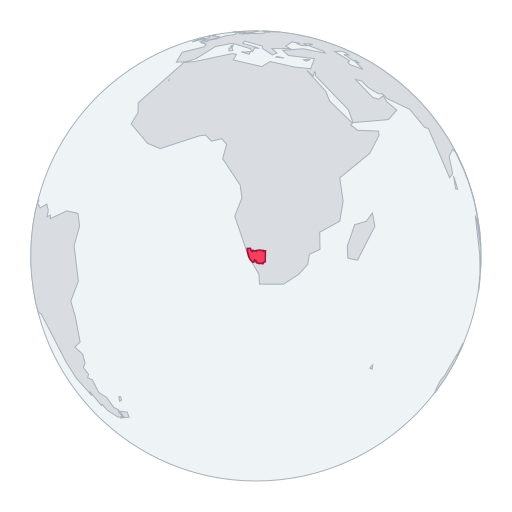 Karas on an orthographic globe
{"feature_id": "NAM-3338", "entity_name": "Karas", "entity_type": "Region", "adm_level": 1, "iso_a3": "NAM", "parent_name": "Namibia", "parent_adm1": "", "projection": "orthographic", "projection_center": [17.311, -26.98], "detail": "fine", "context": "on_globe", "style": "filled", "palette": "rose", "viewbox_px": 512, "rotation_deg": 0, "n_neighbors": 0, "source": "natural_earth", "source_scale": "10m", "svg_char_len": 6965}
<svg xmlns="http://www.w3.org/2000/svg" viewBox="0 0 512 512"><circle cx="256" cy="256" r="225" fill="#eef3f6" stroke="#a8b0b8"/><path d="M35.6,209.6L38.6,199.8L37.7,203.3L40.1,207.9L46.8,204.1L48.3,210.5L47.1,216.9L50.3,215.1L50.4,218.6L66.7,210.9L78.0,213.3L79.6,225.9L74.1,245.7L78.3,281.1L70.8,301.2L75.2,316.1L80.1,342.1L74.8,347.1L82.7,354.2L85.1,363.0L83.4,367.6L88.6,374.5L87.6,377.7L92.2,379.7L98.9,392.6L106.7,397.5L113.7,407.4L118.8,410.0L118.4,411.3L120.2,414.1L123.1,416.3L118.2,417.2L107.4,410.2L102.2,404.4L101.6,405.6L89.6,391.4L91.9,395.6L76.5,378.5L65.9,361.7L44.2,319.6L41.0,313.8L38.4,312.5L35.9,304.0L33.1,288.4L31.3,272.6L30.7,256.8L31.2,240.9L32.8,225.2L35.6,209.6ZM129.2,417.1L120.0,418.1L123.9,416.9L119.6,411.2L127.0,412.0L129.2,417.1ZM119.6,401.3L118.8,396.6L120.6,396.8L121.6,400.2L119.6,401.3ZM257.7,30.7L257.0,30.7L255.6,30.8L258.9,31.0L252.9,32.4L246.2,32.9L242.1,31.5L232.3,32.5L233.4,31.9L235.1,31.7L257.7,30.7ZM473.8,198.5L473.4,197.0L476.1,209.6L479.6,229.0L480.9,246.0L479.8,235.8L478.1,220.6L476.5,213.0L474.4,201.3L468.1,180.3L466.9,178.2L464.5,171.4L455.8,152.5L452.5,149.4L449.1,156.4L452.7,173.6L449.7,177.9L436.0,146.1L428.5,128.7L424.5,127.2L409.7,109.3L386.7,98.4L382.7,93.9L378.5,93.8L368.0,87.4L361.5,80.9L355.5,79.5L372.5,97.3L378.9,99.2L383.1,95.7L386.8,101.7L396.8,110.1L388.4,119.6L353.0,122.6L348.3,109.6L315.2,75.5L315.5,72.7L315.3,72.4L314.8,71.7L313.0,76.1L306.9,70.5L325.9,91.5L329.6,101.0L352.5,123.2L350.6,124.8L357.6,130.3L378.6,131.1L379.0,135.4L369.8,153.3L339.7,177.9L343.1,201.2L339.8,221.1L319.7,232.2L320.0,249.4L309.4,254.3L307.8,264.3L298.5,274.5L283.5,284.2L259.5,284.1L259.0,274.4L248.6,256.5L234.7,216.2L241.9,198.1L240.2,185.1L222.7,158.8L226.6,144.1L221.6,138.7L211.5,141.2L205.7,135.1L199.5,135.8L160.1,148.6L147.5,143.3L131.2,123.9L138.0,112.6L138.2,102.8L183.9,62.5L194.6,61.6L231.7,53.7L236.5,54.2L233.3,60.0L262.0,66.6L270.0,61.5L294.9,67.1L310.7,68.7L314.4,58.6L288.4,55.5L282.8,50.4L302.7,48.7L325.2,53.1L323.8,51.4L308.6,45.5L312.8,44.2L303.2,43.6L307.8,45.6L301.9,45.6L297.4,43.9L299.0,43.2L292.0,41.9L285.8,46.1L289.9,48.6L271.9,48.6L276.9,53.0L272.4,54.9L262.3,48.3L262.5,46.2L244.6,41.1L242.7,43.2L259.5,48.4L254.7,48.0L252.3,51.9L250.3,48.6L232.4,43.3L215.6,46.5L195.8,58.8L185.7,61.8L176.4,62.2L182.0,52.3L204.1,46.9L206.3,44.2L200.5,42.6L207.7,41.4L208.0,40.4L216.3,38.9L226.5,35.6L234.6,34.6L237.4,32.6L241.9,32.1L239.0,33.2L241.3,33.9L261.4,33.3L264.9,33.0L265.0,32.0L270.5,32.3L268.1,31.5L279.0,32.1L263.7,31.0L263.5,30.8L279.5,31.9L295.3,34.2L311.0,37.5L326.4,42.0L341.4,47.5L356.0,54.1L370.1,61.7L383.6,70.3L396.4,79.9L408.6,90.3L420.0,101.5L430.5,113.6L440.2,126.3L449.0,139.7L456.7,153.7L463.5,168.2L469.2,183.2L473.8,198.5ZM169.5,78.7L168.6,81.4L169.5,78.7ZM350.3,64.8L363.0,69.3L355.2,61.8L359.4,63.1L355.2,60.3L354.5,61.3L343.9,54.5L348.6,55.0L346.0,52.8L341.6,51.2L334.7,51.6L349.8,60.9L347.8,62.3L350.3,64.8ZM38.8,199.3L38.9,200.3L38.1,202.1L38.8,199.3ZM201.8,38.3L205.0,37.9L202.5,39.1L192.2,42.0L195.7,40.1L201.8,38.3ZM210.1,37.2L208.9,36.0L215.3,34.7L211.9,35.5L216.3,34.8L212.0,36.0L219.3,36.6L217.5,37.9L199.4,41.6L206.3,39.4L202.7,39.7L210.1,37.2ZM241.4,51.9L245.0,52.0L250.5,51.5L249.0,54.3L241.4,51.9ZM228.9,48.2L232.1,47.6L232.8,50.6L229.0,50.9L228.9,48.2ZM233.3,45.0L232.2,47.4L230.6,46.2L233.3,45.0ZM241.9,32.9L245.2,32.6L245.7,32.8L244.2,33.3L241.9,32.9ZM310.3,59.6L306.1,61.1L303.5,59.8L305.5,59.5L310.3,59.6ZM276.4,56.4L284.4,58.1L275.9,57.1L276.4,56.4ZM372.7,364.7L372.3,369.3L369.8,368.1L372.7,364.7ZM374.9,226.2L357.5,260.2L347.8,258.1L347.3,246.2L354.7,224.7L366.3,221.3L372.4,213.0L374.9,226.2ZM478.5,291.4L479.2,284.8L479.5,276.5L480.0,274.4L479.5,284.4L478.5,291.4ZM480.0,273.8L479.8,255.3L475.3,215.6L477.0,220.3L480.9,249.4L480.7,251.6L480.9,264.6L480.0,273.8ZM453.5,175.8L457.7,189.3L455.7,189.0L453.5,175.8ZM434.4,393.5L437.2,386.9L440.6,380.2L444.5,375.8L457.2,354.0L456.5,356.0L462.9,343.3L462.8,345.3L454.7,362.2L445.2,378.3L434.4,393.5Z" fill="#d9dde1" stroke="#a8b0b8" stroke-width="1"/><path d="M255.8,260.9L255.7,260.9L255.6,260.6L255.5,260.4L255.4,260.3L255.3,260.2L255.2,260.1L254.9,260.2L254.8,260.3L254.7,260.3L254.6,260.2L254.6,260.3L254.5,260.7L254.4,260.7L254.4,260.8L254.3,261.0L254.2,261.1L254.1,261.3L254.2,261.5L254.1,261.8L254.0,262.0L253.9,262.0L253.9,261.9L253.5,262.1L253.4,262.1L253.2,262.2L253.2,262.3L252.9,262.4L252.7,262.2L252.1,261.6L251.8,261.3L251.6,261.0L251.1,260.7L250.9,260.4L250.6,260.2L250.4,259.9L250.3,259.7L250.2,259.4L249.9,259.1L249.8,258.9L249.8,258.7L249.4,258.1L249.3,257.9L249.2,257.8L249.1,257.6L249.0,257.4L248.9,257.1L248.8,256.9L248.8,256.5L248.8,256.3L248.7,256.3L248.7,256.2L248.7,255.9L248.5,255.7L248.4,255.7L248.3,255.3L248.3,255.2L248.2,255.0L248.2,254.9L248.2,254.7L248.3,254.7L248.4,254.9L248.5,254.6L248.4,254.5L248.4,254.3L248.3,254.0L248.2,253.9L248.0,253.7L247.8,253.6L247.7,253.5L247.7,253.2L247.7,252.9L247.7,252.7L247.8,252.6L247.7,252.3L247.7,252.2L247.5,251.9L247.5,251.6L247.3,251.4L247.3,251.2L247.3,250.9L247.4,250.6L247.4,250.4L247.3,250.2L247.2,250.0L247.1,249.7L247.1,249.4L247.2,249.0L247.2,248.7L247.2,248.4L250.5,248.3L250.6,248.6L250.9,250.5L251.0,250.6L251.3,250.6L252.0,251.6L252.3,251.6L252.5,251.6L252.4,250.6L252.6,250.4L252.7,250.5L252.8,250.5L252.8,250.8L253.0,250.7L253.2,250.3L253.3,250.3L253.4,250.5L253.5,250.5L254.1,250.7L254.3,250.8L254.5,250.8L254.8,250.9L254.8,251.0L255.1,251.0L255.3,251.0L255.4,250.9L255.5,250.9L256.1,251.2L256.1,250.5L256.3,250.4L256.5,250.4L257.2,250.5L257.6,250.4L259.3,250.0L260.1,250.0L260.4,250.1L260.7,250.3L262.3,250.5L262.6,250.3L262.7,250.2L262.8,250.2L263.1,250.7L263.2,250.8L263.2,250.7L263.4,250.6L263.5,250.6L263.8,250.7L264.0,250.8L264.5,250.9L264.7,251.0L264.7,250.9L265.1,250.7L265.3,250.7L265.3,250.8L265.5,250.8L265.5,251.1L265.5,251.4L265.4,251.6L265.4,251.8L265.4,252.0L265.4,252.5L265.4,252.9L265.4,253.1L265.4,253.3L265.4,253.6L265.4,253.8L265.4,254.0L265.4,254.4L265.4,254.7L265.4,254.9L265.4,255.1L265.4,255.3L265.4,255.5L265.4,255.8L265.4,256.0L265.4,256.4L265.3,256.6L265.3,256.9L265.3,257.1L265.3,257.3L265.3,257.5L265.3,257.8L265.3,258.0L265.3,258.4L265.3,258.6L265.3,258.9L265.3,259.1L265.3,259.3L265.3,259.5L265.3,260.0L265.3,260.4L265.3,260.6L265.3,260.8L265.3,261.1L265.2,261.3L265.2,261.5L265.2,261.8L264.9,261.8L264.7,262.0L264.4,262.0L264.2,262.1L263.9,262.1L263.7,262.3L263.5,262.7L263.5,262.8L263.4,262.8L263.0,262.9L263.0,263.0L262.9,262.9L262.7,263.0L262.7,263.3L262.8,263.5L262.7,263.6L262.4,263.8L262.2,263.8L262.0,263.7L261.9,263.7L261.7,263.5L260.9,263.3L260.3,263.4L260.2,263.5L259.9,263.5L259.7,263.6L259.4,263.5L259.1,263.5L258.9,263.6L258.7,263.5L258.5,263.4L258.3,263.2L258.2,263.1L257.5,263.0L257.4,263.0L257.2,263.0L257.0,262.9L257.0,262.7L256.9,262.7L256.7,262.7L256.6,262.8L256.4,262.8L256.3,262.7L256.4,262.3L256.2,262.2L256.1,261.9L256.2,261.7L256.3,261.7L256.3,261.4L256.2,261.3L256.2,261.2L256.1,260.9L255.8,260.9Z" fill="#f43f5e" stroke="#9f1239" stroke-width="1.5"/></svg>